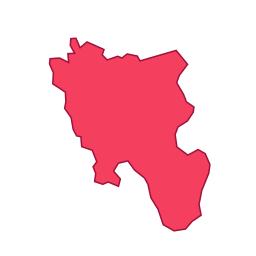 Kanlikul, Karakalpakstan, Uzbekistan, rotated 15°
{"feature_id": "79887680B11359237520420", "entity_name": "Kanlikul", "entity_type": "district", "adm_level": 2, "iso_a3": "UZB", "parent_name": "Uzbekistan", "parent_adm1": "Karakalpakstan", "projection": "robinson", "projection_center": [59.048, 42.737], "detail": "fine", "context": "isolated", "style": "filled", "palette": "rose", "viewbox_px": 256, "rotation_deg": 15, "n_neighbors": 0, "source": "geoboundaries", "source_scale": "gbopen_adm2", "svg_char_len": 967}
<svg xmlns="http://www.w3.org/2000/svg" viewBox="0 0 256 256"><g transform="rotate(15 128 128)"><path d="M43.9,104.8L58.2,109.6L61.2,118.7L61.7,125.4L70.4,132.7L75.4,143.5L80.4,148.9L84.7,148.6L88.1,158.0L99.3,158.8L106.6,168.7L104.3,174.5L108.6,180.3L109.6,188.4L118.2,188.9L122.9,185.3L133.9,186.8L133.8,179.2L125.2,173.4L127.8,164.5L136.5,159.8L145.2,166.9L157.0,172.1L161.9,177.3L168.2,189.5L178.0,198.6L187.1,212.3L199.1,215.4L209.7,210.7L214.1,201.6L221.2,193.3L216.4,183.5L215.4,169.3L217.7,150.8L216.6,142.1L209.2,132.8L201.3,130.7L192.8,138.7L180.1,133.6L175.2,122.1L176.0,114.1L183.6,105.8L186.9,95.9L186.3,90.7L177.6,87.6L173.2,81.5L163.3,71.7L163.9,63.9L169.1,51.1L154.4,40.6L122.2,60.1L118.4,56.1L108.0,56.7L104.1,61.9L99.5,61.4L90.3,67.6L84.2,64.1L84.5,58.4L66.1,55.5L60.9,62.9L54.5,54.8L49.6,56.5L50.9,63.2L57.1,69.6L50.7,71.7L53.7,80.1L43.9,78.1L34.8,81.2L35.6,86.4L41.6,93.9L43.9,104.8Z" fill="#f43f5e" stroke="#9f1239" stroke-width="1.5"/></g></svg>